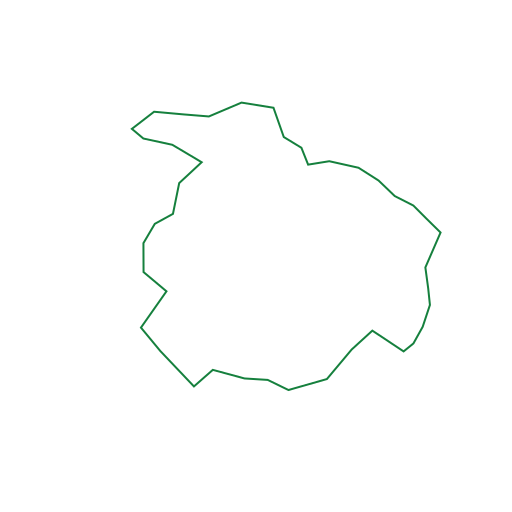 Suva Reka, Mercator projection, rotated 310°
{"feature_id": "KOS-5910", "entity_name": "Suva Reka", "entity_type": "District", "adm_level": 1, "iso_a3": "XKX", "parent_name": "Kosovo", "parent_adm1": "", "projection": "mercator", "projection_center": [20.856, 42.352], "detail": "fine", "context": "isolated", "style": "outline", "palette": "green", "viewbox_px": 512, "rotation_deg": 310, "n_neighbors": 0, "source": "natural_earth", "source_scale": "10m", "svg_char_len": 667}
<svg xmlns="http://www.w3.org/2000/svg" viewBox="0 0 512 512"><g transform="rotate(310 256 256)"><path d="M116.2,292.3L121.7,243.8L127.2,213.9L171.4,210.1L171.4,180.2L193.5,161.5L215.6,157.8L234.9,165.3L262.5,150.3L292.9,154.1L287.4,120.4L273.6,94.2L273.6,79.2L301.0,85.2L317.7,109.2L332.6,130.2L364.2,146.3L380.8,174.1L365.0,200.8L368.1,221.2L359.5,237.2L375.7,251.2L389.5,277.8L392.6,301.4L391.1,323.8L395.8,344.1L394.2,362.2L392.6,382.3L356.1,393.1L341.9,408.7L330.3,420.7L308.9,429.2L290.2,432.8L277.8,430.4L273.6,393.1L245.9,389.4L207.3,389.4L174.2,367.0L168.6,344.6L154.8,325.9L141.0,296.1L116.2,292.3Z" fill="none" stroke="#15803d" stroke-width="2"/></g></svg>